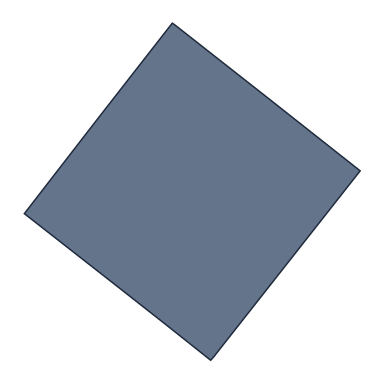 outline of Cass, Iowa, United States of America, rotated 218°
{"feature_id": "52423323B96311963855013", "entity_name": "Cass", "entity_type": "district", "adm_level": 2, "iso_a3": "USA", "parent_name": "United States of America", "parent_adm1": "Iowa", "projection": "albers", "projection_center": [-94.938, 41.332], "detail": "fine", "context": "isolated", "style": "filled", "palette": "slate", "viewbox_px": 384, "rotation_deg": 218, "n_neighbors": 0, "source": "geoboundaries", "source_scale": "gbopen_adm2", "svg_char_len": 293}
<svg xmlns="http://www.w3.org/2000/svg" viewBox="0 0 384 384"><g transform="rotate(218 192 192)"><path d="M73.7,70.9L73.4,74.5L72.5,312.2L192.3,312.8L309.2,313.1L311.5,312.9L311.4,192.3L310.8,71.7L192.9,71.6L133.2,71.4L73.7,70.9Z" fill="#64748b" stroke="#1e293b" stroke-width="1.5"/></g></svg>